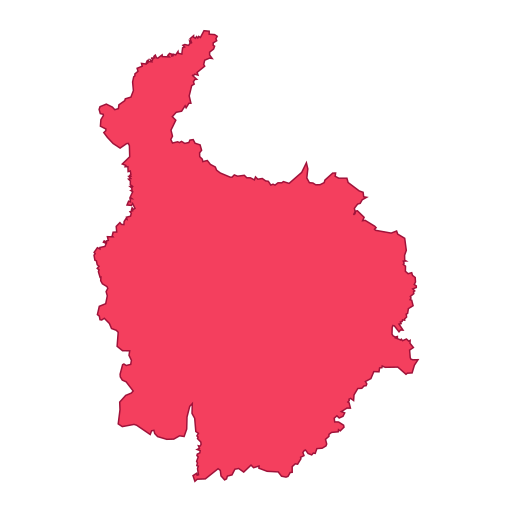 the district of Tsiroanomandidy, Bongolava, Madagascar
{"feature_id": "10022922B70813515121555", "entity_name": "Tsiroanomandidy", "entity_type": "district", "adm_level": 2, "iso_a3": "MDG", "parent_name": "Madagascar", "parent_adm1": "Bongolava", "projection": "albers", "projection_center": [45.919, -18.728], "detail": "fine", "context": "isolated", "style": "filled", "palette": "rose", "viewbox_px": 512, "rotation_deg": 0, "n_neighbors": 0, "source": "geoboundaries", "source_scale": "gbopen_adm2", "svg_char_len": 6029}
<svg xmlns="http://www.w3.org/2000/svg" viewBox="0 0 512 512"><path d="M297.6,464.2L300.9,458.8L300.6,457.3L304.0,455.6L302.9,452.5L304.4,450.4L305.5,450.0L308.1,453.5L311.7,454.9L313.3,453.1L315.2,453.4L316.9,448.6L322.2,448.2L326.0,445.9L326.7,444.0L325.5,439.3L328.9,436.4L329.0,434.3L331.6,432.4L338.2,431.8L338.5,429.7L340.2,430.9L344.0,427.2L343.6,425.2L338.6,422.0L334.7,421.9L334.2,418.2L336.9,415.8L339.2,418.0L343.0,416.3L344.7,412.9L341.3,411.6L346.9,408.1L350.4,408.1L349.1,402.8L347.9,402.0L349.2,400.7L349.0,399.2L350.6,398.4L353.6,400.5L354.0,394.9L357.8,388.5L361.8,388.3L364.1,385.9L366.1,385.7L366.8,383.9L365.4,381.5L370.9,378.6L373.8,371.6L379.0,371.8L379.6,367.9L381.9,367.7L382.2,366.0L385.2,367.3L397.8,367.1L406.0,374.3L407.3,373.2L412.1,372.9L414.4,365.2L418.0,359.7L412.8,359.8L410.8,359.1L410.2,357.5L409.6,350.1L413.4,347.5L410.0,343.3L410.1,340.4L408.8,341.2L406.4,339.0L402.6,340.7L401.3,339.2L400.7,340.0L396.0,338.1L397.4,337.7L397.4,336.5L395.3,337.0L393.1,335.9L392.0,334.1L392.2,327.4L392.9,325.5L394.4,325.9L399.0,331.8L400.5,330.0L403.0,330.1L399.0,324.1L401.1,323.6L400.4,322.0L402.1,321.5L402.5,319.9L404.7,320.2L404.6,318.9L406.6,317.0L406.2,314.1L407.6,313.4L408.4,308.6L413.1,305.7L411.7,300.2L410.1,299.7L411.0,298.0L410.3,296.5L413.8,293.6L413.5,291.7L414.7,290.9L412.7,288.9L416.3,287.5L416.3,285.9L414.2,284.5L415.5,282.0L415.2,277.5L412.5,275.4L411.7,272.7L408.1,273.7L405.4,271.3L405.5,266.2L403.3,264.4L404.1,263.1L403.3,261.2L406.1,261.0L404.7,260.2L404.6,255.2L406.3,250.4L404.7,238.3L397.7,234.1L396.6,231.0L391.2,233.1L375.5,230.3L374.5,229.2L376.1,227.7L374.7,226.2L365.2,220.4L362.6,220.7L364.1,217.3L357.4,210.8L355.5,211.1L355.0,213.7L353.5,214.8L355.1,211.8L354.4,208.3L357.6,204.1L360.2,203.3L362.2,199.8L366.6,197.3L363.7,196.8L363.1,192.3L359.2,190.9L348.1,182.5L346.9,178.2L338.8,178.2L335.2,176.3L335.6,173.0L332.7,173.1L324.9,180.1L324.2,182.6L320.1,184.7L315.7,184.8L312.9,183.0L309.4,182.7L306.8,178.0L307.8,168.9L306.4,162.8L301.7,172.4L289.1,183.4L283.4,181.6L281.8,182.8L278.0,182.8L275.0,185.1L273.0,184.2L270.8,185.1L268.3,181.3L265.6,180.9L262.3,178.5L257.8,179.2L255.5,176.9L254.4,179.9L250.4,177.8L246.8,177.8L244.3,175.3L237.6,176.2L234.3,174.9L232.0,177.2L230.3,177.2L220.3,173.0L216.6,170.2L215.3,167.0L210.4,164.4L207.3,160.5L202.8,161.6L202.3,159.2L199.7,156.6L199.6,152.8L201.6,150.3L200.1,144.9L195.0,143.2L193.2,139.6L189.9,140.1L188.9,142.5L184.8,143.4L181.5,141.4L179.5,142.6L177.6,141.8L172.5,143.0L170.8,139.5L172.5,136.2L171.0,130.1L175.8,120.2L172.3,116.7L176.2,112.3L181.6,111.2L185.1,105.8L186.1,107.8L188.9,103.3L190.9,103.2L189.2,95.9L191.7,85.6L194.2,84.1L193.4,81.8L194.8,79.5L196.7,79.3L192.1,75.1L193.5,75.5L194.7,74.2L198.0,75.1L197.1,72.4L204.7,66.2L203.7,64.4L204.7,60.2L209.6,58.1L212.2,58.5L209.6,55.0L209.6,52.2L213.6,49.0L214.6,46.2L213.2,45.3L213.2,42.9L216.7,40.7L215.9,38.7L217.2,36.3L214.6,34.6L209.2,34.2L209.2,31.2L204.0,30.7L200.4,37.5L198.7,36.4L197.8,38.0L196.5,36.6L195.4,38.3L193.7,37.3L193.6,35.7L190.1,38.7L191.8,43.3L189.7,41.3L190.1,43.3L188.5,45.4L184.8,44.5L182.9,45.3L184.6,47.0L182.6,47.8L181.8,54.1L178.2,53.3L178.0,51.5L175.7,54.9L173.3,54.2L173.0,55.8L171.8,56.0L172.0,54.3L169.6,53.4L167.8,55.4L169.2,56.9L162.3,56.6L162.1,54.9L157.8,58.2L156.5,57.8L155.3,55.1L153.9,56.4L154.5,57.9L151.0,58.1L153.0,58.7L152.2,60.6L150.4,59.9L151.7,61.8L148.7,61.6L148.2,60.1L147.2,60.8L147.9,62.7L146.7,63.6L146.9,61.3L145.9,64.0L141.5,63.4L142.2,66.2L137.1,68.3L138.0,71.3L134.9,73.9L134.9,75.9L133.7,76.8L132.6,82.0L133.4,90.6L130.9,97.1L125.3,98.8L124.7,100.7L118.9,104.8L118.4,108.6L114.8,109.7L112.4,107.1L106.3,104.1L100.0,106.7L99.1,109.4L100.3,113.6L103.2,114.3L103.4,115.5L100.9,119.7L100.4,126.2L105.9,129.0L105.8,130.7L103.8,132.6L107.4,137.4L113.1,143.5L120.1,148.1L126.6,143.6L128.3,143.4L129.4,145.7L129.7,156.8L122.3,164.0L125.8,165.4L125.1,166.7L127.9,166.7L128.1,171.6L130.3,171.0L130.9,174.8L129.8,175.3L130.7,176.3L128.8,176.5L130.8,178.6L128.5,179.1L130.4,181.0L130.3,184.6L132.7,186.5L132.1,187.4L131.6,186.3L130.0,186.5L131.7,187.9L132.0,190.1L130.8,190.5L132.7,191.8L130.1,197.4L131.8,198.6L130.0,198.5L130.5,201.9L128.6,201.2L127.0,205.0L131.4,205.4L132.6,203.5L135.0,208.4L133.4,209.4L132.1,207.8L131.5,209.9L132.4,210.8L130.0,211.7L131.3,213.3L130.5,216.2L126.4,217.2L127.0,219.4L125.8,218.9L124.1,221.5L123.9,224.6L121.4,224.4L119.9,222.6L116.2,226.4L116.7,232.0L113.1,232.2L112.2,235.8L113.0,236.8L107.4,236.7L108.3,240.4L106.5,240.9L106.5,242.3L104.2,240.9L103.4,242.2L106.2,243.4L105.0,246.4L99.9,247.5L99.9,249.0L97.4,247.7L94.1,252.4L95.2,253.7L94.0,255.2L94.9,260.2L96.4,260.8L97.2,264.7L99.0,266.3L97.2,268.4L99.0,269.8L98.4,271.7L100.1,277.4L100.9,277.1L100.7,280.7L102.4,283.8L107.0,286.6L107.8,288.4L106.1,291.6L107.3,295.8L105.7,303.7L99.3,306.3L97.4,314.6L99.3,316.1L100.0,319.7L101.7,320.0L104.3,318.3L109.4,323.5L111.5,328.5L116.3,330.3L118.2,332.3L117.1,346.3L122.5,350.7L129.7,350.8L129.0,355.3L131.4,360.3L130.7,364.4L126.2,365.5L123.9,364.0L122.6,364.7L120.1,374.2L120.3,376.9L122.3,380.1L126.1,381.8L133.2,391.0L131.3,393.1L125.7,395.4L119.7,402.1L120.0,409.7L118.2,423.9L122.3,426.6L134.0,424.4L136.6,425.2L150.2,434.5L151.6,430.8L153.9,430.3L154.7,433.5L157.6,436.6L166.7,439.3L173.8,439.1L179.6,435.8L184.1,436.5L186.7,429.1L187.0,417.0L189.7,406.4L192.3,403.6L192.0,413.4L194.7,418.3L195.8,431.5L198.4,433.3L196.9,435.9L198.1,437.1L197.5,438.6L200.8,442.0L201.1,444.5L199.9,446.2L198.4,445.8L199.4,448.3L197.1,449.5L200.2,450.6L199.8,452.9L197.3,454.1L196.9,455.6L198.2,456.9L196.6,461.4L197.5,462.9L196.8,465.6L198.3,466.2L197.5,468.6L198.5,474.8L197.1,475.2L196.6,473.3L193.0,475.6L194.9,481.3L197.2,479.2L205.3,478.9L218.1,468.7L220.3,470.4L221.0,475.9L224.6,479.9L226.5,478.9L227.4,476.1L232.0,474.9L234.9,469.2L238.7,468.5L243.7,472.1L251.0,465.1L253.6,467.7L259.0,466.0L258.9,468.2L267.1,471.3L278.2,471.9L281.5,476.2L286.0,477.1L288.0,476.4L290.2,472.5L292.2,472.3L292.2,466.6L295.3,463.8L297.6,464.2Z" fill="#f43f5e" stroke="#9f1239" stroke-width="1.5"/></svg>